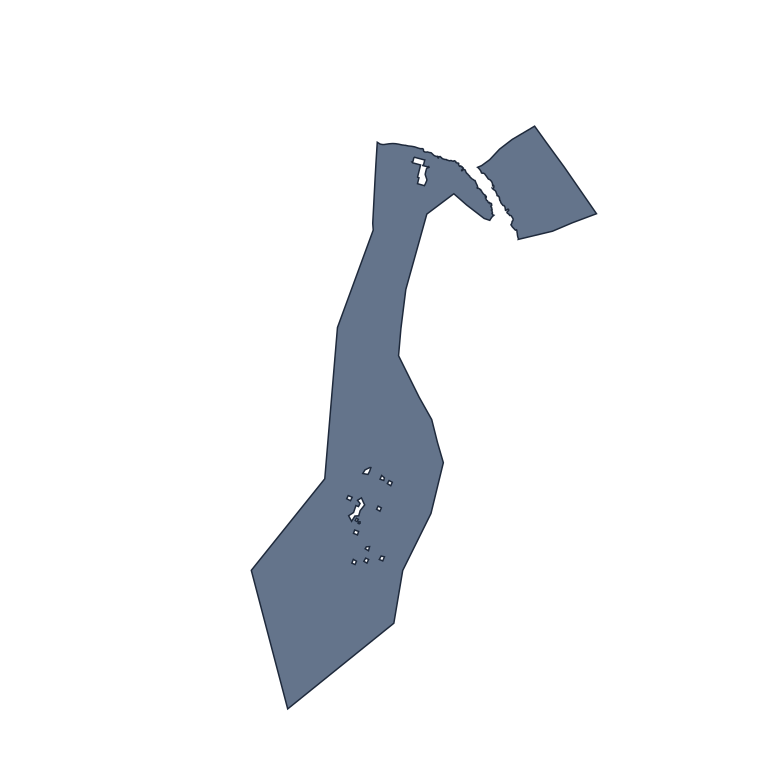 Zemam Out, Al Jizah, Egypt (Robinson projection), rotated 321°
{"feature_id": "37247803B81980397210132", "entity_name": "Zemam Out", "entity_type": "district", "adm_level": 2, "iso_a3": "EGY", "parent_name": "Egypt", "parent_adm1": "Al Jizah", "projection": "robinson", "projection_center": [30.957, 29.003], "detail": "fine", "context": "isolated", "style": "filled", "palette": "slate", "viewbox_px": 768, "rotation_deg": 321, "n_neighbors": 0, "source": "geoboundaries", "source_scale": "gbopen_adm2", "svg_char_len": 6078}
<svg xmlns="http://www.w3.org/2000/svg" viewBox="0 0 768 768"><g transform="rotate(321 384 384)"><path d="M568.9,240.7L567.7,239.9L566.7,237.9L566.5,236.6L566.2,234.1L565.6,233.3L564.9,232.6L563.8,231.0L563.4,230.7L562.8,230.5L562.3,230.0L561.5,229.0L561.3,228.1L561.5,227.6L561.8,227.2L562.2,226.5L562.3,225.9L562.1,225.4L561.5,224.8L560.8,224.5L560.4,223.9L559.7,223.2L559.6,222.9L559.0,222.1L557.2,219.2L556.4,218.2L555.0,216.6L552.7,214.3L550.9,212.0L550.1,211.3L549.2,210.3L548.5,209.6L546.3,206.8L544.0,204.3L542.0,202.5L539.1,200.5L535.7,198.5L534.7,197.9L533.7,197.1L532.2,195.4L531.9,194.8L530.9,191.9L517.1,206.9L505.3,219.9L476.3,252.1L472.5,257.6L383.4,310.8L278.3,420.4L163.6,445.3L104.7,575.9L241.1,576.1L281.2,540.7L339.0,514.2L380.6,482.5L388.8,463.0L398.7,441.7L403.0,416.4L413.1,371.2L432.1,351.5L460.4,324.3L524.2,278.9L558.0,280.1L560.9,297.0L566.0,318.4L569.2,323.4L570.8,322.8L573.3,322.1L575.6,322.0L575.3,321.5L575.0,321.3L575.0,321.1L575.3,320.0L575.1,319.6L576.0,319.3L576.3,318.4L576.7,317.8L576.9,317.4L576.9,316.6L577.4,316.8L577.3,317.0L577.9,316.3L578.3,315.2L578.8,314.4L578.6,314.0L578.9,313.0L579.2,313.0L580.1,313.0L580.4,312.5L580.8,312.0L581.0,311.5L580.8,310.7L580.6,310.6L580.4,310.6L580.1,310.7L579.9,310.6L580.0,310.1L580.2,309.6L580.1,309.1L579.4,309.0L579.3,308.3L579.6,307.4L579.7,306.7L579.4,305.9L579.3,305.5L579.7,304.6L580.0,303.9L580.1,303.7L579.9,303.3L580.2,303.0L580.9,303.3L581.1,303.2L581.4,302.8L581.5,302.6L581.5,302.0L581.2,301.7L580.9,301.7L581.0,301.4L581.3,301.3L581.5,300.7L581.1,299.9L580.9,298.9L581.0,296.5L581.2,295.7L581.3,295.3L581.1,294.7L581.1,294.2L581.2,293.9L581.0,292.9L581.2,293.0L580.8,291.8L580.4,290.9L579.8,290.8L579.7,290.5L580.0,290.0L580.6,290.0L581.0,289.3L581.4,288.3L581.9,286.1L582.8,283.2L582.4,282.9L582.1,281.5L581.8,280.7L582.1,280.6L581.8,280.6L581.6,280.3L581.1,277.4L581.4,276.3L581.3,275.9L581.2,275.8L581.2,274.8L581.1,274.3L581.2,273.7L581.0,273.1L581.0,272.5L580.9,272.5L580.8,272.3L580.9,271.7L581.0,271.2L581.4,269.7L581.7,269.2L581.6,268.6L581.7,268.4L581.1,267.4L579.8,267.3L579.5,267.4L579.1,267.4L578.7,267.3L578.6,267.1L578.7,266.9L579.1,266.6L581.3,266.2L581.5,266.1L581.5,265.8L581.4,265.6L581.3,265.1L581.4,264.7L581.4,264.4L580.9,264.0L580.8,263.6L580.9,263.4L581.0,263.0L580.8,262.7L579.9,262.6L579.7,262.4L579.7,262.0L579.9,261.4L580.0,260.3L580.8,259.8L580.9,259.3L580.5,258.8L579.9,258.2L579.6,257.9L579.3,257.1L579.8,256.3L579.6,255.6L579.1,254.7L578.8,254.6L578.7,254.7L578.3,254.7L578.0,254.5L577.4,253.7L577.0,252.9L576.7,252.4L575.9,252.1L575.5,251.7L575.2,251.6L574.9,251.0L574.2,250.0L573.9,249.8L574.0,249.5L573.8,248.9L573.6,248.7L572.1,247.3L572.1,246.9L571.7,246.5L571.1,245.4L571.0,245.0L571.2,244.5L571.1,243.9L570.8,243.4L570.7,243.0L570.8,242.6L570.0,242.1L569.8,242.2L569.3,241.8L568.5,242.5L568.3,242.2L568.8,241.8L568.5,241.5L568.7,241.1L569.0,240.9L568.9,240.7ZM548.0,246.9L547.6,247.7L546.1,251.8L545.8,252.3L545.4,252.6L545.3,252.8L542.0,254.5L540.2,255.3L536.1,249.4L540.3,246.2L541.0,245.8L541.0,245.7L540.2,244.6L540.3,244.3L550.3,236.8L545.5,230.2L545.4,230.0L545.6,229.3L545.5,229.0L546.3,229.2L546.8,229.1L549.2,227.2L550.0,227.0L550.4,227.0L556.0,234.7L556.6,235.4L556.7,235.5L552.8,238.5L552.6,238.5L551.8,238.4L551.6,238.6L554.5,242.6L554.5,243.1L554.8,243.2L555.3,243.0L555.6,243.1L555.3,244.0L553.2,243.3L552.6,243.4L550.1,245.2L548.0,246.9ZM293.5,463.1L292.9,465.8L285.8,467.4L281.4,470.5L278.3,468.3L272.4,470.3L273.6,464.1L279.5,464.7L285.7,460.8L287.0,463.2L290.2,461.8L290.2,457.7L294.8,458.3L293.5,463.1ZM317.9,442.8L314.6,444.2L311.2,440.2L315.2,438.8L320.5,440.0L321.2,440.7L317.9,442.8ZM288.0,452.0L284.5,453.6L282.8,449.7L286.0,448.2L288.0,452.0ZM271.5,482.6L268.4,484.6L266.3,480.9L269.3,479.0L271.5,482.6ZM275.6,518.6L271.7,520.7L269.9,517.4L273.5,515.9L275.6,518.6ZM328.6,465.6L325.2,467.3L323.9,463.5L327.2,462.2L328.6,465.6ZM251.1,504.4L247.9,506.1L246.3,503.0L249.8,501.0L251.1,504.4ZM304.0,478.6L300.8,480.3L299.4,476.7L302.6,475.2L304.0,478.6ZM261.6,510.7L258.0,512.5L256.8,509.1L260.2,507.8L261.6,510.7ZM325.3,457.1L323.1,458.8L321.0,455.5L324.6,453.6L325.3,457.1ZM270.5,501.3L267.0,503.8L265.7,500.2L267.8,499.4L270.5,501.3ZM278.9,473.0L276.5,474.0L275.7,472.0L278.1,471.0L278.9,473.0ZM278.7,476.1L277.8,477.2L276.7,477.0L276.2,476.0L277.8,475.2L278.7,476.1ZM663.3,278.4L637.6,274.6L621.6,274.2L607.3,276.2L597.3,275.7L593.1,274.5L593.3,275.3L593.3,275.8L593.4,277.2L593.3,278.8L593.0,280.5L592.8,280.7L592.8,280.9L592.6,281.1L592.6,281.4L593.2,282.2L593.4,282.3L593.7,282.6L594.0,282.8L594.5,284.0L594.4,285.0L594.3,287.5L594.2,288.0L594.3,288.5L594.1,289.6L594.1,290.1L594.1,290.4L594.8,291.8L594.9,292.2L595.0,293.2L595.0,294.4L594.7,295.8L594.3,296.6L593.9,297.2L593.8,297.4L593.2,298.3L594.1,298.5L594.0,299.1L593.5,299.9L592.7,300.6L591.4,300.3L591.3,300.0L591.2,300.2L591.7,302.6L591.9,302.9L592.1,304.0L592.0,304.9L591.3,307.0L591.0,308.0L590.4,308.7L590.6,309.2L591.1,309.6L591.0,310.6L591.2,311.2L591.2,311.3L590.7,312.4L590.4,312.5L589.6,314.0L589.8,314.4L589.3,315.5L589.2,316.1L588.9,316.7L588.9,317.2L588.8,317.9L588.9,319.1L588.8,320.0L589.4,321.0L589.5,321.0L589.6,321.5L589.4,322.3L589.1,323.2L588.7,323.7L588.6,324.0L588.0,324.9L587.7,325.4L587.7,325.6L587.9,325.8L588.2,325.6L588.5,325.6L588.9,325.9L589.1,325.9L590.0,326.0L590.5,326.2L590.6,326.7L590.5,327.1L590.2,327.5L589.6,327.7L588.8,327.6L588.1,327.7L587.7,328.0L587.5,328.4L587.4,328.4L587.4,328.6L587.4,328.9L587.7,329.8L587.7,330.3L587.9,330.6L587.9,331.3L587.7,331.8L587.7,332.1L587.9,332.3L588.4,332.6L588.7,333.1L588.8,333.5L588.6,334.1L588.5,335.7L588.2,337.0L587.8,337.5L587.0,338.1L586.5,338.3L586.0,338.2L585.5,338.6L585.0,339.1L584.1,339.7L583.7,339.9L583.2,339.9L582.8,340.2L582.9,340.5L582.8,341.5L582.6,342.1L582.6,342.8L582.9,347.0L583.1,347.3L583.4,347.5L584.0,347.6L584.0,348.0L583.6,348.6L583.3,349.3L582.8,349.9L582.2,351.1L581.6,351.9L580.5,353.9L580.3,354.6L579.9,355.6L579.3,356.1L611.1,371.3L631.7,377.2L656.3,385.4L660.6,328.9L662.2,297.1L663.3,278.4Z" fill="#64748b" stroke="#1e293b" stroke-width="1.5"/></g></svg>